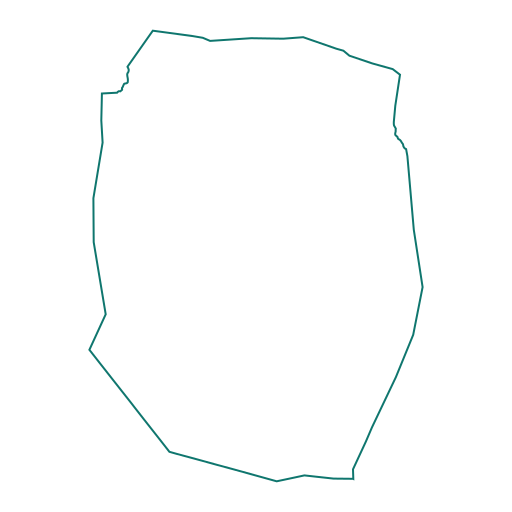 Noyon, Ömnögovi, Mongolia (Natural Earth projection)
{"feature_id": "93677404B12923912473821", "entity_name": "Noyon", "entity_type": "district", "adm_level": 2, "iso_a3": "MNG", "parent_name": "Mongolia", "parent_adm1": "Ömnögovi", "projection": "natural_earth1", "projection_center": [102.365, 42.761], "detail": "fine", "context": "isolated", "style": "outline", "palette": "teal", "viewbox_px": 512, "rotation_deg": 0, "n_neighbors": 0, "source": "geoboundaries", "source_scale": "gbopen_adm2", "svg_char_len": 1847}
<svg xmlns="http://www.w3.org/2000/svg" viewBox="0 0 512 512"><path d="M400.0,74.7L392.7,69.1L372.2,63.4L349.4,55.7L343.4,50.7L336.3,48.7L303.2,37.2L283.2,38.7L251.2,38.2L210.1,40.9L202.8,37.8L192.8,36.1L152.8,30.7L127.5,66.7L127.6,67.1L128.0,67.8L128.3,68.4L128.5,69.1L128.7,69.6L128.7,70.3L128.6,71.1L128.3,72.0L128.0,72.6L127.5,73.2L127.4,73.5L127.3,73.9L127.2,74.6L127.3,75.7L127.4,76.5L127.6,77.5L127.8,78.7L127.9,80.1L127.8,81.5L127.7,82.3L127.3,82.8L126.8,83.1L126.0,83.4L125.2,83.5L124.7,83.6L124.4,83.7L124.1,83.9L123.5,85.1L123.0,86.3L122.7,87.0L122.4,87.5L122.1,87.8L122.0,88.2L122.0,88.4L122.0,88.9L122.1,89.3L122.1,89.7L121.9,90.0L121.5,90.3L121.1,90.6L120.7,91.0L120.4,91.3L120.1,91.3L119.1,91.2L118.6,91.3L118.2,91.6L117.8,91.9L117.1,92.7L101.9,93.5L101.7,103.6L101.3,120.5L102.6,142.6L93.4,198.2L93.7,242.2L105.7,314.3L89.4,349.8L99.8,363.1L113.4,380.4L121.5,390.7L131.9,403.9L134.5,407.3L143.8,419.2L150.1,427.2L161.5,441.7L169.4,451.8L176.8,453.9L196.1,459.1L197.2,459.4L216.8,464.8L233.8,469.4L255.8,475.5L276.7,481.3L293.7,477.7L304.4,475.4L316.1,476.7L333.6,478.6L353.1,478.8L353.3,478.9L353.0,469.3L365.9,441.5L372.0,427.3L395.9,377.1L413.2,334.8L422.6,287.1L413.8,229.8L407.4,156.2L406.1,149.1L405.3,148.7L404.7,148.3L404.2,147.7L403.8,147.1L403.4,146.3L403.2,145.2L403.1,144.8L403.0,144.4L402.8,143.9L402.4,143.4L402.0,142.9L401.6,142.3L401.1,141.3L400.6,140.7L400.2,140.2L399.6,139.7L398.9,139.3L398.4,139.0L398.0,138.6L397.9,138.2L397.6,137.6L397.4,136.8L396.9,136.4L396.2,135.8L395.8,135.5L395.5,135.2L395.3,134.7L395.2,134.2L395.2,133.5L395.3,132.9L395.5,132.1L395.7,131.1L395.7,130.7L395.6,130.1L395.7,129.5L395.8,128.9L395.8,128.6L395.5,128.1L395.2,127.5L395.0,127.2L394.6,126.5L394.3,126.0L394.0,125.4L393.9,124.7L393.8,124.0L393.8,122.1L395.3,105.7L400.0,74.7Z" fill="none" stroke="#0f766e" stroke-width="2"/></svg>